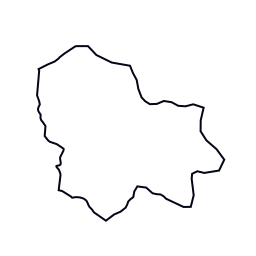 outline of Artvin, rotated 254°
{"feature_id": "TUR-2298", "entity_name": "Artvin", "entity_type": "Province", "adm_level": 1, "iso_a3": "TUR", "parent_name": "Turkey", "parent_adm1": "", "projection": "albers", "projection_center": [41.741, 41.035], "detail": "fine", "context": "isolated", "style": "outline", "palette": "ink", "viewbox_px": 256, "rotation_deg": 254, "n_neighbors": 0, "source": "natural_earth", "source_scale": "10m", "svg_char_len": 1269}
<svg xmlns="http://www.w3.org/2000/svg" viewBox="0 0 256 256"><g transform="rotate(254 128 128)"><path d="M207.5,58.4L209.3,58.3L211.2,68.4L212.1,75.7L213.7,80.0L214.9,81.9L217.3,88.0L221.1,100.2L217.7,112.1L206.9,117.7L195.4,130.4L187.3,147.1L179.5,147.9L171.7,149.6L162.6,148.7L153.6,149.5L149.0,151.9L144.9,155.6L143.2,162.4L144.1,169.9L140.8,177.0L135.5,182.4L133.0,189.3L132.8,197.2L126.7,206.3L115.3,200.0L104.9,196.9L94.6,199.9L83.2,207.3L71.0,211.8L62.0,203.8L63.8,188.9L67.3,182.7L66.3,177.0L61.6,175.2L45.2,172.6L34.9,166.6L36.8,159.6L49.5,145.1L52.6,143.4L55.2,140.9L56.5,137.3L58.5,133.6L65.7,129.1L69.3,120.9L65.3,116.6L60.1,114.0L58.9,110.8L57.3,108.0L54.6,106.1L52.1,103.8L49.6,97.7L48.7,90.8L45.2,81.8L45.0,81.2L56.2,72.1L59.6,70.9L62.4,69.4L63.8,68.9L68.4,68.3L70.1,67.7L72.5,65.8L74.5,62.7L75.9,59.0L76.4,55.1L77.8,54.3L85.5,47.4L87.3,44.2L101.2,50.1L102.9,50.4L106.8,50.1L110.1,48.6L111.1,48.6L111.3,49.3L111.1,50.6L111.1,52.0L111.6,53.1L113.2,53.8L117.0,54.2L118.7,54.8L124.0,59.7L125.6,60.4L126.8,59.6L132.1,55.1L136.2,49.2L138.0,47.8L143.2,45.7L152.6,49.2L157.3,47.7L159.1,46.8L161.0,46.6L162.8,46.9L164.7,47.7L168.8,46.5L170.8,46.6L172.7,47.7L174.9,49.7L178.0,50.0L184.5,49.6L207.5,58.4Z" fill="none" stroke="#020617" stroke-width="2"/></g></svg>